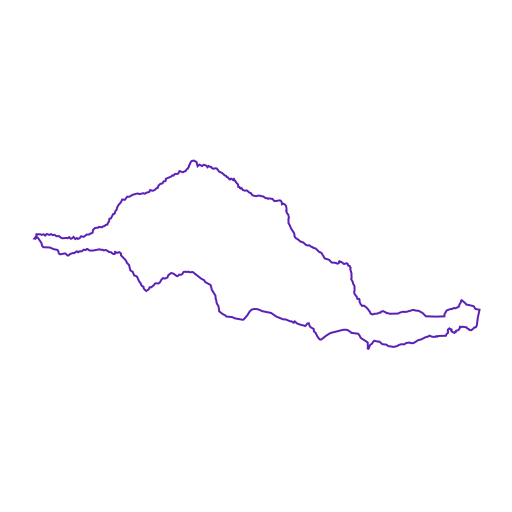 Arbeláez, Cundinamarca, Colombia, rotated 357°
{"feature_id": "7082276B25654639268061", "entity_name": "Arbeláez", "entity_type": "district", "adm_level": 2, "iso_a3": "COL", "parent_name": "Colombia", "parent_adm1": "Cundinamarca", "projection": "natural_earth1", "projection_center": [-74.432, 4.234], "detail": "fine", "context": "isolated", "style": "outline", "palette": "violet", "viewbox_px": 512, "rotation_deg": 357, "n_neighbors": 0, "source": "geoboundaries", "source_scale": "gbopen_adm2", "svg_char_len": 6096}
<svg xmlns="http://www.w3.org/2000/svg" viewBox="0 0 512 512"><g transform="rotate(357 256 256)"><path d="M144.6,285.2L147.1,283.7L148.3,281.6L149.8,281.8L152.5,279.7L153.6,278.3L154.5,278.0L157.3,278.3L158.8,277.1L160.3,274.7L162.1,273.2L163.9,273.8L166.4,272.8L167.5,270.5L169.9,268.8L170.7,268.6L172.8,269.4L175.8,271.9L176.6,272.0L178.4,270.6L180.2,270.8L181.3,270.3L182.9,268.1L185.0,268.0L186.0,268.4L187.7,268.1L189.0,268.8L192.0,268.7L200.0,275.7L203.0,277.5L203.8,279.3L208.7,282.3L209.3,283.0L210.1,287.4L213.4,293.4L213.5,296.8L214.1,298.3L214.0,299.5L214.5,301.6L215.9,304.1L216.4,309.4L219.9,312.4L222.1,313.6L223.3,314.9L229.1,315.8L231.8,317.2L239.5,319.0L240.4,318.7L244.2,314.8L246.7,311.2L248.7,309.4L251.6,308.8L254.8,309.2L259.7,311.5L268.2,313.7L273.0,317.5L279.9,320.7L282.3,320.9L286.7,323.0L288.1,323.1L289.9,324.6L290.5,324.5L291.1,323.3L291.4,323.4L293.3,325.4L295.3,326.4L301.6,328.5L303.7,326.2L305.2,325.9L305.9,328.8L307.0,330.1L309.8,331.9L309.9,334.3L311.5,335.9L313.0,339.4L315.0,342.4L315.7,342.8L316.8,342.8L322.1,339.1L326.3,336.8L339.0,334.3L341.9,334.3L343.5,334.7L346.4,336.8L347.1,337.7L354.0,339.0L355.2,340.7L356.1,342.9L357.0,343.8L363.0,348.1L363.0,352.8L362.7,354.1L363.2,354.6L363.6,354.4L365.4,350.7L367.1,349.7L368.6,347.7L369.7,346.8L373.2,347.9L374.7,347.9L377.6,350.7L381.4,351.3L383.5,352.9L388.8,354.0L392.4,353.3L394.1,352.3L396.4,351.7L399.4,352.0L401.5,350.7L405.0,350.5L406.1,351.2L408.7,351.2L413.9,348.4L415.8,348.2L422.1,345.6L423.3,345.7L425.0,344.6L427.3,345.7L429.3,346.1L430.8,346.1L431.6,345.5L432.9,346.0L433.1,345.6L434.5,345.4L441.4,345.6L442.3,343.8L443.8,342.7L443.9,341.6L443.5,340.6L443.8,339.6L445.3,338.4L446.0,339.1L446.7,339.2L446.9,340.4L447.4,340.2L447.4,341.0L448.0,342.1L450.1,343.1L450.4,342.4L451.4,342.5L451.9,341.1L453.7,340.8L455.0,339.9L456.1,337.3L456.9,337.9L458.3,337.4L462.5,338.3L463.3,339.5L464.5,340.0L465.3,341.0L466.8,341.4L468.5,340.5L470.3,338.8L471.8,338.7L472.3,337.9L473.0,336.3L474.3,329.1L476.4,321.4L472.4,320.4L470.9,317.7L469.8,317.2L463.4,315.4L462.7,314.2L459.1,310.9L458.7,311.0L458.1,312.9L456.9,314.7L455.8,317.3L452.4,318.7L451.0,318.2L449.1,319.2L448.0,319.0L443.5,320.4L441.2,324.0L441.0,326.1L433.2,326.0L422.5,325.1L419.3,321.6L415.7,319.3L412.3,318.8L410.4,318.0L403.0,319.7L399.7,319.4L396.5,320.1L395.0,320.9L386.6,320.7L384.4,319.9L383.4,319.9L382.8,319.2L380.0,317.7L378.0,318.2L377.4,319.1L376.5,319.0L374.3,319.8L370.7,320.0L369.6,320.5L367.9,319.8L367.3,319.4L367.2,318.4L364.7,314.5L362.8,312.5L361.1,311.2L359.5,311.5L357.9,309.5L357.0,306.8L357.1,305.1L356.8,304.3L355.0,304.1L354.6,302.3L352.4,298.9L352.1,297.1L352.6,296.0L352.8,291.3L351.5,288.6L351.3,287.0L349.8,284.0L350.4,282.6L350.2,280.3L350.5,279.5L350.2,276.9L349.4,274.2L349.9,272.8L349.3,272.0L349.1,270.9L347.5,270.3L347.1,268.6L346.3,268.0L343.4,268.6L341.1,266.5L339.6,266.1L339.2,265.6L338.7,265.8L339.0,266.8L337.6,267.8L336.5,267.8L335.5,267.1L331.1,266.4L328.8,263.6L324.6,262.1L321.6,256.5L320.6,255.7L319.6,255.5L315.8,251.5L313.6,250.9L312.9,250.0L311.7,249.7L309.8,248.1L308.3,248.2L306.5,247.6L303.9,244.9L303.1,244.8L302.4,244.2L301.4,244.1L298.5,241.4L296.7,240.3L295.6,238.5L295.3,235.3L292.4,230.2L291.0,226.3L290.2,225.2L290.3,220.8L290.7,220.3L290.8,218.7L290.3,216.3L289.0,214.6L288.9,213.3L288.4,212.5L289.0,211.7L288.7,207.7L287.4,206.0L285.9,205.1L284.7,205.7L284.4,203.6L283.7,202.1L282.7,201.7L277.6,202.2L276.9,201.8L275.5,199.9L272.1,199.2L271.0,199.5L270.4,198.9L268.8,198.8L266.3,196.9L264.4,196.6L263.7,196.1L261.2,195.8L259.3,196.3L256.3,195.5L255.1,194.7L254.4,193.1L252.6,192.3L250.4,190.1L248.1,190.1L246.3,189.4L245.1,187.4L244.0,187.8L243.6,187.5L243.1,186.2L241.9,186.0L241.8,183.6L239.8,181.3L239.4,180.0L238.2,179.4L238.3,178.2L238.0,177.8L236.9,178.8L235.5,177.5L234.5,177.6L234.1,178.2L233.5,178.1L231.9,175.9L230.8,175.5L230.3,174.4L229.0,173.9L226.7,171.5L223.5,169.7L221.5,166.6L220.2,166.3L217.7,166.6L216.5,165.8L215.9,164.7L214.4,164.4L213.3,163.6L212.2,164.8L211.2,163.2L208.8,162.2L208.3,162.2L206.8,163.4L204.3,161.8L202.4,163.3L201.5,159.0L198.8,157.4L196.5,157.9L195.1,159.8L194.8,161.0L193.9,162.0L193.5,163.8L192.7,164.5L192.6,165.1L191.0,166.1L190.1,167.6L189.0,167.7L187.3,168.6L184.2,167.2L183.8,167.4L182.9,169.3L182.2,169.9L179.4,169.8L177.7,171.4L176.7,171.1L175.5,172.2L170.0,174.2L169.9,175.7L169.4,176.5L167.7,176.6L166.4,178.6L164.2,179.0L162.0,181.0L161.4,182.9L160.0,183.2L158.8,184.4L157.0,185.3L155.8,185.4L153.8,184.6L152.6,186.5L150.0,187.0L148.2,188.0L146.8,187.4L142.9,188.1L141.3,187.4L139.6,187.6L135.7,188.5L132.9,190.1L130.4,190.1L128.0,193.0L125.3,192.6L124.0,195.2L121.3,197.9L119.7,200.6L119.3,202.4L117.8,204.0L117.2,206.0L116.7,206.5L115.6,206.6L113.0,210.9L111.6,211.1L110.9,214.0L109.8,215.3L109.2,216.9L107.5,217.1L106.2,218.2L104.7,218.5L103.6,219.3L100.7,218.7L100.0,219.4L96.7,219.6L94.6,221.5L94.1,223.9L93.4,224.6L91.7,224.9L90.6,225.8L88.2,225.7L85.0,227.8L82.2,227.2L81.0,228.8L79.3,229.6L78.7,229.5L78.0,228.7L76.4,229.6L74.8,227.4L72.7,229.0L71.7,229.0L70.4,227.4L68.9,228.4L68.0,228.0L63.8,228.2L61.9,227.4L60.4,225.8L57.8,225.8L55.9,224.3L54.0,224.5L52.5,223.4L50.6,224.1L48.4,223.1L47.7,223.3L46.6,224.6L45.0,223.2L43.0,223.7L41.7,223.0L37.8,222.8L37.7,223.1L38.1,223.5L38.0,224.2L35.6,227.0L36.7,227.2L38.3,225.9L39.1,226.3L42.4,231.7L42.9,234.6L44.1,236.1L50.5,236.7L54.6,238.7L58.0,239.5L58.6,240.4L59.3,243.2L60.5,244.1L65.5,243.4L68.0,245.7L68.9,245.6L70.5,244.3L73.1,243.5L74.7,243.6L76.9,242.1L77.7,242.1L78.3,242.9L78.8,242.9L79.9,242.1L82.3,242.2L84.2,240.7L86.4,241.1L87.4,240.2L88.0,240.1L89.4,241.4L90.6,241.9L94.0,242.0L100.0,241.1L101.9,241.8L103.2,241.7L104.1,242.4L106.4,242.2L108.1,243.1L109.4,244.3L111.5,244.7L112.9,246.1L114.1,246.6L114.9,246.6L115.5,246.0L115.3,244.8L115.5,244.5L117.7,245.6L119.8,245.0L121.4,246.6L121.2,248.3L125.3,252.9L126.5,255.1L126.6,256.0L128.7,258.2L129.8,263.8L132.1,265.4L133.3,269.0L135.0,269.6L136.1,270.5L138.2,275.8L139.4,277.0L139.6,278.3L140.6,280.1L142.0,280.7L142.2,282.6L143.6,284.4L144.6,285.2Z" fill="none" stroke="#5b21b6" stroke-width="2"/></g></svg>